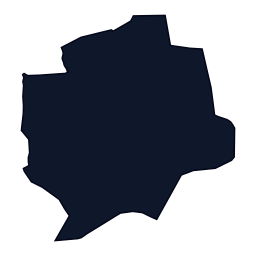 outline of Gumel, Jigawa, Nigeria
{"feature_id": "59680162B20002653395444", "entity_name": "Gumel", "entity_type": "district", "adm_level": 2, "iso_a3": "NGA", "parent_name": "Nigeria", "parent_adm1": "Jigawa", "projection": "natural_earth1", "projection_center": [9.385, 12.623], "detail": "fine", "context": "isolated", "style": "filled", "palette": "ink", "viewbox_px": 256, "rotation_deg": 0, "n_neighbors": 0, "source": "geoboundaries", "source_scale": "gbopen_adm2", "svg_char_len": 1025}
<svg xmlns="http://www.w3.org/2000/svg" viewBox="0 0 256 256"><path d="M207.9,169.0L215.2,168.3L231.5,160.3L234.2,157.0L234.6,128.1L232.3,124.2L230.6,121.9L228.7,120.6L227.0,119.6L222.8,118.2L218.3,116.7L214.6,115.1L213.3,105.1L211.0,87.5L207.3,71.7L202.1,49.0L190.1,48.3L180.9,47.0L170.4,45.5L165.1,15.4L133.4,15.9L130.7,21.1L122.6,25.8L113.1,31.2L111.4,29.9L81.1,37.3L61.4,47.5L62.6,50.6L63.2,52.9L63.0,54.9L62.5,56.5L62.2,58.7L62.9,60.7L63.6,62.4L64.0,64.4L64.6,65.9L65.8,67.8L66.8,69.2L67.0,70.8L68.2,71.9L65.5,73.4L46.6,74.7L39.6,75.2L27.7,75.6L24.1,73.5L23.6,74.0L22.7,74.5L23.1,75.9L23.7,77.3L23.9,77.9L23.5,78.9L23.2,80.3L22.9,81.5L23.6,85.3L22.9,96.5L23.5,105.9L23.3,113.5L21.4,130.4L28.8,139.4L29.6,152.8L28.3,157.7L28.4,162.0L28.9,165.6L23.4,168.5L24.3,171.3L31.4,181.8L42.3,187.2L59.2,199.4L64.6,208.7L69.4,215.8L55.2,240.6L77.8,238.6L81.3,237.6L87.0,233.6L120.3,213.1L132.7,211.4L142.3,212.6L150.7,216.7L156.7,219.4L181.3,175.0L193.2,170.5L207.9,169.0Z" fill="#0f172a" stroke="#020617" stroke-width="1.5"/></svg>